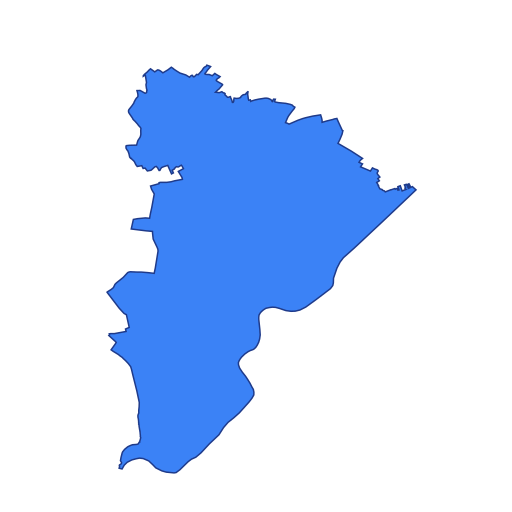 outline of Sancraiu De Mures, Mures, Romania, rotated 351°
{"feature_id": "2599482B65716467004344", "entity_name": "Sancraiu De Mures", "entity_type": "district", "adm_level": 2, "iso_a3": "ROU", "parent_name": "Romania", "parent_adm1": "Mures", "projection": "robinson", "projection_center": [24.501, 46.544], "detail": "fine", "context": "isolated", "style": "filled", "palette": "blue", "viewbox_px": 512, "rotation_deg": 351, "n_neighbors": 0, "source": "geoboundaries", "source_scale": "gbopen_adm2", "svg_char_len": 6024}
<svg xmlns="http://www.w3.org/2000/svg" viewBox="0 0 512 512"><g transform="rotate(351 256 256)"><path d="M90.4,445.4L93.1,442.0L96.5,439.6L101.4,438.0L106.0,437.5L109.4,437.4L112.9,438.4L118.0,441.6L121.4,446.0L123.9,449.6L129.4,453.5L133.5,455.4L141.1,457.4L143.2,457.4L147.4,455.2L156.7,448.6L160.4,446.6L165.1,445.3L170.9,441.8L180.6,434.2L191.4,426.8L197.1,420.4L202.4,415.9L208.6,412.4L215.0,408.3L226.3,399.1L229.8,395.8L232.1,392.9L232.6,390.2L232.5,387.3L231.5,384.8L230.2,380.8L228.7,377.2L226.9,373.2L224.2,368.4L222.3,364.2L221.7,360.9L221.9,358.6L222.9,356.9L224.0,355.5L225.8,353.7L229.5,351.1L233.1,349.3L235.5,348.5L238.3,348.0L239.8,347.4L241.6,346.1L243.4,344.1L245.2,341.5L246.6,338.5L247.8,334.6L248.3,329.2L248.8,319.3L249.1,317.1L249.7,314.9L251.1,313.1L252.6,311.8L255.0,310.3L257.6,309.2L260.9,309.0L264.2,309.1L267.3,309.8L270.7,311.3L277.0,314.6L282.0,316.1L286.2,316.6L291.0,316.2L297.2,314.2L308.2,308.6L324.4,299.9L327.2,297.2L328.2,294.7L329.1,290.0L334.0,280.7L338.1,275.1L342.1,271.3L354.0,263.7L388.1,240.6L424.4,215.7L421.3,211.9L419.7,212.4L418.4,208.6L417.4,208.9L418.5,212.7L417.1,213.1L415.9,208.8L414.9,209.0L414.8,208.8L413.7,209.0L414.5,212.1L413.7,212.3L414.0,213.7L414.2,213.8L410.5,214.6L409.5,209.2L407.0,209.7L407.6,213.1L406.5,213.2L406.0,211.3L404.0,211.8L403.7,211.1L399.4,211.8L399.3,211.7L393.7,212.9L393.0,211.8L391.2,210.8L391.0,210.1L388.8,209.0L387.7,205.6L388.0,205.5L386.7,202.2L388.6,201.5L389.6,201.0L388.4,198.6L390.7,197.4L389.2,194.9L388.7,193.8L388.6,193.4L388.6,193.1L389.0,192.4L390.0,191.2L389.9,190.6L389.6,190.2L388.8,189.6L387.1,188.8L384.8,187.2L382.3,190.0L373.2,184.3L375.6,181.7L372.4,179.6L373.2,178.6L374.3,177.6L376.5,176.3L366.5,167.3L354.6,157.6L357.3,153.7L359.5,150.1L360.0,149.3L361.4,145.9L361.0,145.8L360.8,145.2L358.2,136.0L357.4,132.8L354.4,132.9L354.0,133.1L347.0,133.7L342.2,134.3L342.5,132.2L342.4,130.1L341.9,126.7L333.8,126.7L326.6,127.2L323.4,127.6L318.6,128.5L309.3,130.9L307.6,129.7L306.0,128.9L309.0,124.1L310.4,122.4L314.2,118.7L316.8,116.4L317.7,115.1L316.3,114.0L315.5,112.7L313.6,111.6L309.3,109.9L302.4,108.1L299.0,106.9L298.7,106.5L298.8,105.7L299.6,104.2L297.9,103.8L297.4,104.3L296.9,105.2L296.9,105.8L296.5,106.1L296.1,105.9L295.8,104.9L295.0,103.7L292.8,102.3L291.4,101.8L289.4,101.5L283.2,101.5L279.4,101.7L275.9,102.2L275.0,102.5L274.8,100.9L273.2,101.0L273.0,99.7L273.1,94.8L273.7,92.9L273.8,92.5L273.6,92.4L271.5,93.9L271.5,94.3L270.9,94.7L268.6,94.7L266.7,95.7L265.6,96.7L265.6,97.0L264.6,97.3L263.3,97.5L261.2,97.3L259.1,96.6L258.6,97.8L258.5,98.6L258.0,100.1L257.4,100.7L257.0,100.7L256.7,100.6L256.6,99.9L256.6,98.9L256.2,97.2L255.8,96.2L255.7,94.8L255.5,94.5L253.8,94.9L253.0,94.9L252.6,94.7L251.9,93.6L250.5,91.9L250.9,90.8L250.4,90.2L250.0,89.9L249.3,89.8L248.0,88.4L245.2,88.9L241.6,87.9L243.9,86.2L245.6,85.3L249.8,81.7L249.8,81.4L249.4,80.9L245.7,78.0L244.4,76.8L244.2,76.3L244.2,76.1L245.6,74.8L247.4,74.1L248.6,73.2L245.2,70.5L243.9,69.2L241.0,71.1L238.1,69.4L236.2,69.1L234.7,68.7L234.1,68.3L234.1,67.7L235.7,66.4L237.3,64.7L240.8,61.8L240.2,61.4L237.3,59.8L236.8,60.5L236.0,61.0L234.9,61.3L233.9,61.9L232.7,63.1L231.7,64.3L227.2,67.9L225.8,67.3L223.8,68.8L223.2,69.2L222.5,69.3L222.1,69.1L221.8,68.7L221.7,67.9L221.5,67.6L220.8,67.5L219.6,68.0L218.3,69.0L215.0,66.2L209.5,63.4L206.7,61.0L203.8,58.3L203.8,58.1L201.9,56.3L198.0,58.4L192.7,60.5L190.5,58.2L189.0,57.1L187.8,56.8L184.8,58.3L181.1,54.6L179.5,55.6L177.3,57.3L174.3,59.1L172.9,60.3L172.8,60.8L173.4,60.5L174.2,60.3L175.0,60.3L175.0,67.5L174.1,69.7L174.0,73.4L174.3,75.2L173.8,75.9L173.7,77.0L173.5,77.3L173.0,77.7L171.9,77.9L167.5,74.4L164.3,74.0L164.6,76.5L164.6,78.3L164.3,80.0L164.0,80.4L162.7,81.3L161.5,82.5L159.7,84.9L159.2,85.9L156.9,88.3L153.6,91.3L153.1,91.9L152.8,92.6L152.7,93.2L152.7,94.1L153.0,95.1L155.7,100.8L155.8,101.5L156.5,102.6L157.6,104.0L159.6,107.1L160.4,108.7L161.9,110.9L162.3,112.0L161.8,114.0L161.3,117.8L160.6,119.7L160.0,120.7L157.5,123.4L157.0,124.3L155.4,127.8L148.7,126.9L145.5,126.7L144.8,127.0L144.5,129.1L145.1,130.8L145.9,132.2L146.5,135.0L146.7,138.6L147.2,139.3L147.4,140.0L148.2,140.1L148.4,140.8L150.1,142.9L150.7,144.0L151.6,147.0L152.7,149.0L157.3,148.9L158.2,151.9L160.2,151.8L162.0,155.0L165.7,154.9L166.6,154.4L170.1,152.1L171.5,151.9L172.7,153.7L173.1,155.0L173.7,156.4L174.5,156.4L175.3,155.2L176.5,153.9L178.9,153.3L183.0,152.7L185.4,161.7L187.4,161.0L186.6,158.2L189.0,157.3L189.2,156.6L190.0,156.3L190.8,155.6L191.4,155.3L192.9,155.9L193.8,155.7L196.4,154.6L197.1,155.8L198.0,158.4L192.5,160.3L195.2,166.9L195.3,168.8L187.4,169.0L183.7,169.4L179.2,169.3L173.1,168.3L171.8,168.4L171.9,168.9L171.5,169.4L162.8,170.4L163.3,173.8L165.2,178.8L160.6,191.9L158.5,197.2L156.8,202.1L152.8,201.1L145.0,200.6L140.6,200.7L137.0,209.8L151.2,213.9L157.6,215.5L157.4,217.2L157.1,223.2L159.7,232.0L160.1,233.7L160.1,234.9L160.0,235.9L154.6,252.3L152.7,257.2L146.6,255.5L140.4,254.0L136.6,253.4L129.3,251.9L127.9,252.0L126.7,252.3L125.8,253.0L121.5,256.4L114.1,260.6L112.3,261.9L110.3,264.8L109.6,265.3L107.7,266.4L103.3,268.3L103.2,268.5L112.8,286.3L116.7,292.1L118.5,293.5L118.8,293.6L119.6,306.7L115.7,307.7L115.9,310.2L104.0,310.5L100.2,309.9L98.9,309.9L99.0,311.0L98.2,311.5L102.4,316.8L103.9,318.6L104.4,319.5L103.3,320.8L98.2,326.0L99.9,327.7L104.7,331.8L105.9,333.2L108.2,335.4L108.7,336.3L110.7,338.8L113.1,342.3L114.9,345.7L115.3,348.4L115.7,353.8L117.2,370.6L117.8,382.4L117.0,386.6L116.0,390.3L115.7,392.6L115.4,393.3L115.1,393.6L114.5,394.8L114.2,396.6L114.3,398.5L114.2,401.0L114.0,401.8L114.2,402.7L114.0,403.2L113.8,403.5L113.8,403.8L114.0,404.1L114.0,405.3L113.9,405.6L113.9,409.7L114.0,410.3L113.9,410.8L114.0,411.6L113.9,412.1L113.7,415.4L113.5,415.9L113.7,417.3L113.2,418.7L112.3,420.6L112.0,421.7L111.4,421.7L110.5,423.0L109.8,423.3L108.4,423.4L104.7,423.1L103.2,423.3L100.9,423.9L99.4,424.4L96.0,426.4L93.7,428.5L93.0,429.6L91.2,433.8L90.1,437.0L90.9,439.0L90.5,440.1L88.5,441.0L88.2,441.7L88.4,442.3L87.6,444.2L90.4,445.4Z" fill="#3b82f6" stroke="#1e3a8a" stroke-width="1.5"/></g></svg>